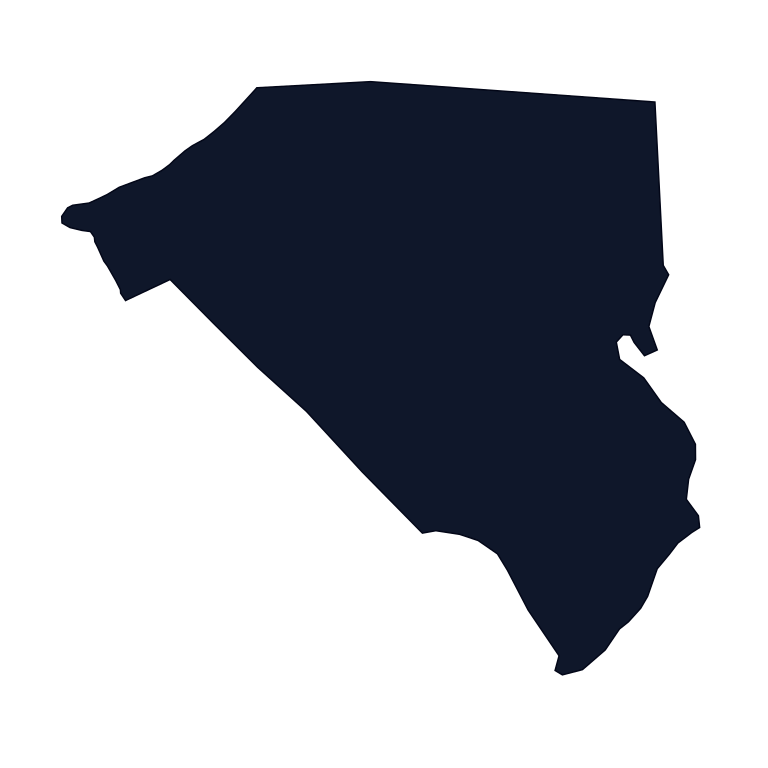 Fond Bernier, Soufrière, Saint Lucia, rotated 84°
{"feature_id": "8701671B2449694797689", "entity_name": "Fond Bernier", "entity_type": "district", "adm_level": 2, "iso_a3": "LCA", "parent_name": "Saint Lucia", "parent_adm1": "Soufrière", "projection": "equal_earth", "projection_center": [-61.059, 13.858], "detail": "fine", "context": "isolated", "style": "filled", "palette": "ink", "viewbox_px": 768, "rotation_deg": 84, "n_neighbors": 0, "source": "geoboundaries", "source_scale": "gbopen_adm2", "svg_char_len": 1174}
<svg xmlns="http://www.w3.org/2000/svg" viewBox="0 0 768 768"><g transform="rotate(84 384 384)"><path d="M76.1,479.5L78.4,482.0L97.4,503.4L107.4,515.5L115.0,526.4L121.9,537.3L123.6,541.5L127.0,549.7L131.2,557.3L139.5,569.3L143.4,574.2L148.3,582.5L150.5,587.4L152.8,592.6L153.9,600.5L157.0,612.5L160.7,626.8L166.7,639.6L170.3,649.8L173.2,658.4L173.7,674.9L175.7,680.2L183.6,687.0L190.2,687.4L195.6,679.9L199.7,668.3L201.7,660.0L207.7,656.7L212.3,656.7L218.0,654.5L232.6,649.7L237.7,646.7L252.9,640.0L262.6,636.3L266.2,636.4L274.0,632.3L273.3,630.5L257.7,585.8L305.5,547.5L354.3,507.8L403.1,464.0L469.2,414.8L536.3,361.4L535.3,347.8L541.4,324.5L549.5,306.7L564.8,288.9L582.1,280.7L623.8,264.3L672.6,238.3L686.8,243.8L691.9,237.0L688.8,216.5L671.6,191.8L652.2,175.4L646.1,165.8L633.9,152.2L622.7,144.0L596.3,131.6L583.1,118.0L572.9,108.4L563.8,93.4L559.7,85.1L547.9,85.1L530.3,95.4L510.5,91.0L491.8,82.1L476.5,80.6L453.4,89.5L431.4,110.2L405.1,125.0L384.2,147.1L366.6,148.6L360.0,141.2L361.1,133.8L368.8,130.9L383.1,122.0L378.7,108.7L354.5,114.6L331.4,105.8L305.1,89.5L295.2,93.9L131.9,85.1L81.9,365.8L76.1,479.5Z" fill="#0f172a" stroke="#020617" stroke-width="1.5"/></g></svg>